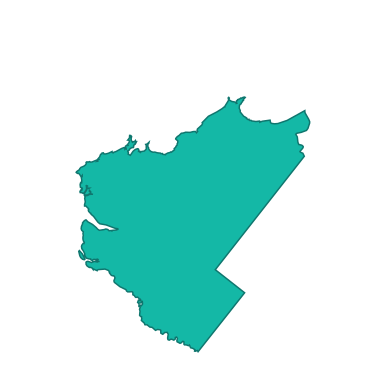 West Daly, Northern Territory, Australia, rotated 38°
{"feature_id": "25037944B73531494726593", "entity_name": "West Daly", "entity_type": "district", "adm_level": 2, "iso_a3": "AUS", "parent_name": "Australia", "parent_adm1": "Northern Territory", "projection": "albers", "projection_center": [129.851, -14.087], "detail": "fine", "context": "isolated", "style": "filled", "palette": "teal", "viewbox_px": 384, "rotation_deg": 38, "n_neighbors": 0, "source": "geoboundaries", "source_scale": "gbopen_adm2", "svg_char_len": 6052}
<svg xmlns="http://www.w3.org/2000/svg" viewBox="0 0 384 384"><g transform="rotate(38 192 192)"><path d="M258.5,94.7L255.5,93.2L252.9,93.9L252.1,93.6L252.3,89.4L252.0,88.2L251.5,87.6L249.7,87.5L246.9,88.8L244.8,87.6L241.1,83.8L238.2,82.6L238.5,81.1L241.4,77.7L244.3,73.0L244.2,70.5L242.3,65.3L241.4,64.1L239.1,62.8L233.2,60.4L231.9,59.7L230.8,58.4L222.9,77.0L217.6,85.1L215.0,87.5L212.3,89.0L211.1,88.9L209.3,87.3L203.8,93.0L202.5,95.2L202.1,94.5L201.6,94.5L199.0,97.1L195.2,99.3L194.3,99.2L193.5,100.1L192.7,100.1L192.2,99.6L191.3,100.5L189.6,100.5L189.6,100.1L188.4,100.1L186.0,100.5L180.6,99.2L179.9,98.1L177.6,96.9L176.2,94.7L176.0,93.2L176.4,92.4L176.0,90.9L176.2,89.6L175.6,88.7L176.1,88.0L175.5,87.3L175.6,86.8L175.2,86.3L175.7,85.8L175.7,84.7L174.7,85.0L173.5,86.8L173.4,87.6L172.5,88.0L172.4,89.0L171.1,91.2L171.4,91.8L171.0,92.8L172.0,94.2L172.7,94.5L172.3,95.0L171.7,94.4L170.2,94.8L167.5,96.2L164.9,96.5L164.1,96.3L163.6,95.0L162.7,94.8L162.6,95.7L163.6,96.2L164.4,97.6L165.1,104.0L165.5,104.7L165.0,105.1L164.4,107.8L162.2,113.8L158.3,122.2L157.3,131.1L158.1,131.5L158.5,133.0L157.5,139.0L158.2,140.5L159.1,140.7L159.1,142.6L157.4,142.2L155.7,143.7L153.8,146.2L150.2,148.8L148.8,150.9L147.4,152.3L147.0,155.4L146.3,157.4L146.2,159.8L146.5,160.3L149.4,160.5L150.4,161.9L150.6,163.1L151.4,164.3L151.2,165.7L151.6,166.8L151.2,168.7L152.2,169.6L151.2,173.4L150.6,173.5L150.2,174.6L148.9,176.2L147.8,178.7L148.0,179.0L145.8,180.3L145.0,179.9L143.8,181.0L143.2,180.8L140.7,182.4L138.2,183.4L136.7,184.7L134.3,185.4L132.3,185.1L131.0,184.5L130.6,183.9L129.2,183.4L127.8,181.5L128.0,180.4L127.5,179.3L127.1,181.8L126.2,183.0L127.2,183.4L129.6,186.4L129.2,189.1L127.1,191.4L126.9,192.7L126.1,192.6L126.2,192.0L125.9,192.0L124.9,192.9L124.4,191.8L123.3,191.1L122.4,191.4L121.1,193.4L120.5,196.1L120.8,201.1L118.4,201.5L117.9,200.4L117.2,199.8L116.5,199.8L116.1,199.1L116.7,198.0L116.5,196.5L116.8,195.2L117.5,193.8L118.3,193.3L118.4,192.7L117.3,191.0L117.8,189.2L117.4,187.2L117.2,187.6L117.1,187.0L115.7,186.2L115.7,186.7L116.3,186.7L116.1,187.2L114.4,188.8L114.6,189.5L114.2,190.0L114.4,189.1L112.6,188.9L111.3,187.6L110.2,185.4L108.9,185.2L108.0,185.8L108.6,186.7L108.7,186.3L109.0,186.4L109.4,187.2L109.4,190.6L110.0,190.1L111.0,190.3L111.9,191.3L112.0,194.5L112.9,194.7L112.4,195.5L112.5,195.0L111.9,195.0L111.4,196.9L111.8,197.5L112.7,198.2L112.7,197.9L113.1,198.0L113.6,198.6L112.9,198.7L112.8,199.6L111.8,198.7L111.1,198.8L109.7,201.1L107.2,206.9L105.9,208.8L105.8,209.7L104.7,210.0L104.1,209.3L102.3,212.9L100.6,215.1L99.2,216.2L98.1,215.7L97.1,216.7L97.4,217.6L96.8,218.6L97.6,221.3L97.5,223.9L98.1,223.3L98.6,223.5L97.9,224.4L98.2,225.4L98.8,225.6L98.7,225.9L98.5,226.1L98.6,225.7L97.3,225.4L94.6,230.1L93.4,231.1L92.7,231.0L91.6,232.5L90.6,232.9L90.3,233.9L91.2,234.7L91.4,236.4L90.8,238.4L89.3,241.0L89.2,242.7L89.5,243.7L88.5,247.1L88.7,247.9L90.3,247.9L90.7,247.3L92.3,247.2L95.3,248.3L95.9,247.6L95.3,247.0L95.3,246.6L96.0,247.5L95.7,248.6L97.7,250.4L99.0,252.2L98.6,252.2L98.6,253.7L98.9,254.2L99.1,254.0L99.3,255.1L101.2,257.0L102.8,256.5L103.1,256.7L102.6,257.0L103.3,257.7L103.6,257.5L103.9,257.8L104.0,258.4L103.2,258.8L103.7,260.0L103.3,260.4L104.2,261.3L106.0,260.2L106.8,260.2L107.6,259.0L107.4,255.8L106.7,254.0L104.3,251.6L105.7,252.4L106.1,250.9L105.9,252.5L106.9,253.6L108.8,252.1L108.6,252.7L107.4,253.3L107.2,253.8L107.8,255.7L108.1,259.7L109.0,260.7L111.2,259.0L112.8,255.8L111.7,254.4L110.6,254.6L110.2,253.9L112.1,254.2L113.1,255.8L115.4,254.8L113.9,255.8L114.4,256.3L113.7,256.0L113.0,256.3L111.9,259.0L109.8,261.1L110.9,261.8L111.2,262.9L114.0,265.5L115.2,268.3L116.0,269.2L116.9,268.4L120.9,268.9L121.4,269.5L121.3,270.0L122.5,270.9L124.8,271.3L125.4,271.1L125.7,271.5L126.9,271.7L129.4,271.8L136.4,273.7L138.9,273.8L144.6,270.8L153.9,267.9L156.1,266.6L156.6,267.1L155.5,268.8L152.9,271.2L152.9,272.0L152.2,271.9L150.5,273.6L148.7,273.4L146.9,274.2L145.9,275.7L142.6,279.2L140.5,279.4L138.5,279.0L133.7,278.8L128.3,279.6L125.7,279.2L125.2,279.8L124.7,281.7L124.8,283.9L125.3,284.2L126.1,287.2L127.3,289.2L128.7,290.1L130.9,290.3L131.6,291.8L133.2,293.3L133.7,294.5L135.0,296.2L136.5,297.4L138.2,298.0L138.6,299.1L137.9,299.4L137.9,301.7L138.4,302.9L140.1,304.5L142.7,305.3L145.5,306.7L146.5,308.0L149.4,309.2L152.1,308.1L153.3,307.2L153.7,307.7L155.9,307.4L155.6,306.5L156.1,305.5L157.7,304.5L159.0,303.0L159.6,303.1L159.4,304.1L160.0,304.7L161.2,304.2L161.5,303.6L161.5,304.1L160.9,304.5L160.6,305.2L158.9,305.1L158.6,306.0L159.2,306.1L157.7,306.9L156.2,309.5L152.6,310.7L151.8,311.8L151.7,312.6L153.2,314.3L155.0,314.9L157.5,314.7L158.6,313.8L160.1,313.4L162.0,314.0L161.8,313.4L165.7,312.4L165.5,311.8L165.9,310.9L170.9,306.3L174.3,305.3L176.4,305.8L176.5,306.5L179.5,307.3L180.7,307.1L181.9,306.2L183.2,306.5L184.2,307.1L185.1,310.0L186.0,310.8L186.8,311.0L193.5,311.0L200.1,309.6L201.3,310.3L202.8,310.3L206.1,307.6L206.7,307.4L207.4,307.8L208.7,309.4L210.2,309.1L212.1,309.7L212.7,309.6L213.9,308.3L216.2,308.6L217.0,308.3L217.9,308.6L218.1,309.2L218.0,309.6L216.4,310.2L217.1,312.5L218.4,312.6L220.3,310.4L219.6,309.3L219.7,308.9L220.2,308.8L221.9,310.6L222.1,311.1L222.0,313.0L220.6,313.0L219.7,313.6L220.7,314.9L221.5,314.5L222.3,314.9L222.8,316.7L224.4,317.9L226.6,321.4L227.6,321.7L229.0,321.3L229.4,322.0L230.3,322.6L231.2,324.4L235.2,324.7L236.6,325.6L238.4,324.3L241.9,324.4L243.9,323.2L248.4,323.5L249.5,321.5L251.8,320.2L252.5,320.2L254.3,322.4L256.4,322.2L256.8,321.4L256.9,319.6L258.8,317.9L260.8,318.7L262.7,322.1L263.9,323.1L264.4,323.1L265.4,322.6L265.8,321.3L266.6,320.5L268.9,319.9L269.3,318.2L268.4,316.9L269.2,315.8L270.7,316.4L271.5,318.3L272.4,319.2L275.7,318.6L276.5,317.2L276.5,315.6L277.2,315.1L277.9,315.1L279.5,317.0L280.2,317.1L281.6,316.0L283.8,315.3L284.2,314.2L286.8,315.6L288.9,314.7L291.5,314.5L291.8,314.6L291.7,315.3L292.0,315.8L292.7,315.4L293.8,313.6L295.1,314.1L295.5,239.0L258.2,238.9L258.5,94.7ZM142.8,311.3L144.7,312.2L147.1,312.4L148.8,311.7L149.0,310.9L144.1,308.4L139.3,307.5L139.3,308.5L142.8,311.3Z" fill="#14b8a6" stroke="#0f766e" stroke-width="1.5"/></g></svg>